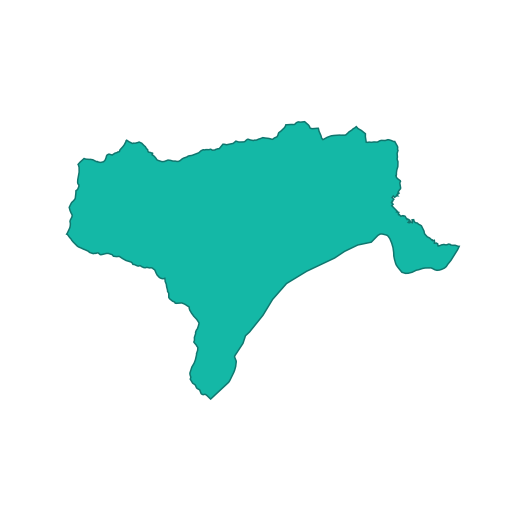 Hangu, Neamt, Romania, rotated 284°
{"feature_id": "2599482B88433775454679", "entity_name": "Hangu", "entity_type": "district", "adm_level": 2, "iso_a3": "ROU", "parent_name": "Romania", "parent_adm1": "Neamt", "projection": "robinson", "projection_center": [26.068, 47.052], "detail": "fine", "context": "isolated", "style": "filled", "palette": "teal", "viewbox_px": 512, "rotation_deg": 284, "n_neighbors": 0, "source": "geoboundaries", "source_scale": "gbopen_adm2", "svg_char_len": 6099}
<svg xmlns="http://www.w3.org/2000/svg" viewBox="0 0 512 512"><g transform="rotate(284 256 256)"><path d="M400.7,362.9L400.5,362.5L400.4,361.6L400.8,359.2L400.9,356.9L400.8,355.9L399.3,353.4L398.5,349.6L397.7,348.2L396.1,346.5L395.8,346.0L395.2,342.9L394.2,340.5L393.9,338.3L393.2,336.6L393.1,335.4L398.1,333.3L401.1,332.6L403.3,327.9L404.3,324.2L405.8,322.0L404.0,320.7L403.1,319.6L401.4,318.5L398.8,316.1L397.7,315.5L395.2,313.8L394.7,312.8L393.9,309.7L393.5,307.7L391.8,302.4L390.8,299.9L388.4,296.4L385.1,292.8L386.0,291.5L386.5,291.0L388.5,289.9L392.3,287.0L395.0,285.6L394.6,284.1L393.2,280.0L393.1,278.7L393.2,277.8L393.5,277.2L394.6,276.6L395.8,275.2L398.1,270.7L396.7,267.0L396.5,266.2L396.5,265.1L396.2,264.3L395.1,262.9L393.4,261.9L392.8,261.3L392.1,258.2L390.5,253.2L389.0,253.1L387.3,252.5L383.3,250.0L381.2,248.3L380.4,248.1L378.3,248.0L376.7,247.5L375.0,245.3L373.3,243.9L373.1,243.5L373.2,240.1L372.7,236.4L372.5,234.0L370.7,231.5L370.2,230.5L368.5,228.3L368.0,226.4L367.4,225.5L367.2,222.6L367.4,220.1L367.1,219.4L366.0,218.5L364.6,217.7L363.9,216.8L363.6,216.1L362.4,211.7L362.6,208.7L359.7,206.6L359.5,206.1L356.8,200.5L356.8,198.6L356.5,196.9L351.5,194.5L351.2,194.2L350.8,193.0L349.5,190.9L348.9,190.5L348.1,188.1L348.5,186.9L348.6,186.0L347.8,184.7L347.1,181.6L346.5,180.6L346.3,179.0L344.8,177.2L342.3,175.5L338.1,169.5L337.0,166.8L336.4,165.9L335.3,164.9L333.5,162.1L332.3,160.8L330.2,159.3L329.1,158.0L328.6,156.4L328.6,154.9L328.0,152.5L328.1,149.9L327.8,147.4L325.5,144.1L324.9,142.4L324.8,141.5L325.1,137.4L325.5,136.4L326.6,135.3L327.9,133.5L328.5,132.4L329.0,130.7L330.0,130.9L330.7,130.8L330.8,130.5L330.5,130.0L330.8,129.4L330.9,128.5L330.8,126.5L331.6,125.7L333.0,125.1L333.7,123.7L335.3,122.2L335.9,120.9L337.8,117.8L338.3,115.0L337.6,114.1L336.2,111.5L335.8,109.6L335.4,109.2L335.3,108.6L335.8,106.8L336.0,105.5L337.1,102.5L336.6,102.1L335.5,102.1L332.0,101.3L329.9,100.4L326.2,98.4L324.4,98.2L323.9,97.8L323.4,96.6L322.6,96.0L321.7,94.3L319.2,92.0L319.3,88.9L319.1,88.3L318.0,87.1L316.7,86.7L315.6,86.8L312.5,86.4L310.6,85.3L309.3,82.9L309.1,82.0L309.0,80.3L309.3,79.4L309.0,79.1L309.1,78.6L309.0,78.2L309.9,74.4L309.7,71.9L309.4,70.9L308.8,67.4L309.0,65.6L304.7,62.7L301.8,61.2L301.3,61.7L299.2,62.9L294.6,64.1L286.9,64.6L284.3,65.1L282.9,65.8L282.2,66.9L280.7,67.3L277.9,66.9L276.8,66.4L275.8,65.5L273.5,66.0L268.0,66.7L265.6,65.7L263.3,64.2L261.9,63.8L258.0,63.0L255.1,64.6L253.1,66.1L251.7,67.4L250.7,67.9L249.1,67.9L246.2,67.2L244.7,67.1L242.4,68.1L240.0,68.5L238.2,68.5L232.5,67.4L231.4,67.0L231.3,67.7L231.0,68.2L228.8,70.8L227.7,72.5L226.9,73.2L225.4,75.2L222.3,80.3L221.8,81.9L221.4,84.7L220.9,86.9L220.8,88.1L220.1,91.9L219.2,93.7L218.9,97.5L219.5,98.7L219.8,100.0L220.5,101.0L220.8,101.8L220.5,102.8L219.6,104.6L220.0,105.9L222.3,110.2L222.8,112.1L222.5,116.2L221.3,117.7L221.7,121.0L222.3,122.6L222.5,123.6L221.3,126.9L220.2,130.9L219.9,136.2L219.4,137.4L218.1,138.6L218.3,140.1L217.7,143.3L217.8,144.4L218.5,145.6L218.6,146.1L218.0,147.7L217.6,150.0L217.8,151.4L218.6,152.8L218.7,155.7L219.3,157.1L219.1,158.7L218.5,159.7L218.2,160.8L217.8,161.3L214.9,163.5L213.2,165.1L212.9,165.9L212.4,166.4L211.9,167.3L211.5,168.4L211.3,170.5L211.7,172.0L212.3,172.9L210.2,173.8L209.4,174.0L206.9,175.8L204.4,176.8L201.5,178.4L200.2,178.8L198.8,180.3L194.7,181.4L193.6,182.5L192.0,185.9L191.6,188.2L190.7,189.0L190.8,190.1L192.5,195.3L192.1,198.3L190.4,203.3L190.0,203.7L189.0,203.9L187.5,204.8L184.5,207.7L184.1,208.4L182.7,209.9L180.2,213.8L177.4,216.8L176.9,217.0L174.1,217.0L171.0,216.7L169.7,216.1L167.4,215.8L166.1,216.2L162.1,215.9L159.3,216.7L157.5,216.5L156.7,217.4L155.3,219.4L154.3,220.3L153.2,221.7L150.4,222.2L146.8,221.9L145.8,222.2L140.6,222.3L137.1,221.9L132.7,220.6L126.4,220.2L124.9,220.7L122.6,222.1L120.6,222.0L117.3,225.3L116.4,227.7L116.0,228.4L113.7,230.2L113.2,231.1L112.4,233.8L109.4,235.9L109.0,236.4L108.7,237.5L108.7,238.4L109.5,239.9L109.4,240.1L109.3,240.9L108.9,241.9L106.2,246.6L126.8,260.0L128.8,260.7L137.7,262.6L140.1,262.9L143.9,263.0L148.6,262.4L149.4,262.1L152.9,259.6L154.1,259.6L168.1,264.5L176.1,265.1L180.7,268.1L200.2,277.1L217.9,282.6L236.7,292.3L253.5,308.9L273.1,332.8L281.9,340.8L291.3,352.1L297.3,364.5L305.5,369.3L307.2,371.0L307.7,372.2L307.9,373.7L307.9,377.3L307.7,378.5L307.1,379.5L305.3,381.6L301.4,384.5L297.3,386.9L292.8,388.7L289.4,389.7L286.4,391.1L282.9,393.1L281.4,394.1L280.0,395.6L278.5,397.5L275.5,401.5L275.3,405.3L276.1,407.9L278.0,411.4L281.0,415.0L282.0,417.1L284.3,420.8L285.3,423.0L286.8,428.6L286.7,429.6L285.9,433.0L285.9,435.1L286.7,437.3L287.9,439.3L289.9,441.8L291.8,443.2L294.2,444.0L298.9,446.2L310.9,450.1L314.5,450.8L314.3,449.9L314.6,446.8L314.3,445.3L314.0,444.7L313.8,442.4L314.3,441.4L314.1,439.8L313.0,438.5L312.6,436.8L312.7,435.6L311.6,433.2L310.6,432.0L309.8,430.3L311.9,429.2L311.9,428.6L312.2,428.0L311.6,426.0L313.3,425.7L314.4,425.2L313.6,423.7L313.8,423.3L314.3,423.1L314.2,422.4L315.2,420.8L315.7,419.3L316.0,417.6L318.1,414.5L319.0,413.8L320.8,413.0L325.3,409.2L325.9,407.4L326.1,406.1L327.0,404.6L326.9,402.9L327.3,401.7L328.3,400.8L329.4,400.2L329.0,398.9L328.7,398.6L328.0,399.3L326.1,399.6L326.1,399.3L326.6,398.7L326.3,398.0L326.6,397.6L325.5,397.2L325.3,396.3L325.4,395.5L326.9,396.4L327.7,396.7L328.3,395.4L328.1,395.3L328.5,394.3L328.0,393.8L328.8,393.2L328.7,392.9L330.6,391.1L330.8,389.6L330.3,389.2L330.6,388.7L330.5,388.1L329.5,387.0L330.9,384.9L330.6,384.3L330.9,384.1L331.5,384.1L332.2,383.6L332.8,383.9L332.8,381.9L333.5,382.3L337.7,375.5L339.4,376.5L340.5,374.6L341.8,375.3L342.1,374.8L342.4,374.9L342.5,375.1L344.3,376.0L345.6,373.9L347.5,374.7L346.5,376.3L348.0,377.5L348.6,378.4L348.7,378.9L349.3,377.9L350.7,378.4L350.5,378.8L351.6,379.6L352.4,378.4L354.9,379.2L356.1,379.9L357.0,379.9L361.5,377.9L362.6,377.9L363.1,378.2L363.9,377.8L365.5,374.2L366.7,372.9L367.8,372.6L367.8,372.2L368.0,372.2L368.3,372.6L368.8,372.6L370.7,372.1L373.5,371.8L376.9,372.0L378.4,371.7L381.9,370.9L383.7,369.7L384.5,369.4L386.2,369.3L389.7,368.1L392.9,368.2L393.7,367.5L395.7,367.2L396.5,366.8L400.7,362.9Z" fill="#14b8a6" stroke="#0f766e" stroke-width="1.5"/></g></svg>